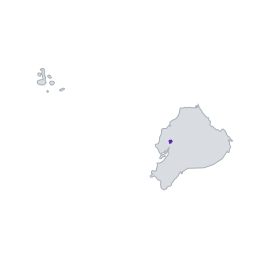 Palestina, Guayas, Ecuador shown in context, rotated 20°
{"feature_id": "8360857B38620743711757", "entity_name": "Palestina", "entity_type": "district", "adm_level": 2, "iso_a3": "ECU", "parent_name": "Ecuador", "parent_adm1": "Guayas", "projection": "robinson", "projection_center": [-79.904, -1.631], "detail": "fine", "context": "in_parent", "style": "filled", "palette": "violet", "viewbox_px": 256, "rotation_deg": 20, "n_neighbors": 0, "source": "geoboundaries", "source_scale": "gbopen_adm2", "svg_char_len": 4293}
<svg xmlns="http://www.w3.org/2000/svg" viewBox="0 0 256 256"><g transform="rotate(20 128 128)"><path d="M230.7,104.3L230.0,104.9L228.3,105.1L227.0,104.6L226.4,104.6L226.4,105.1L228.1,106.4L229.0,108.7L230.2,110.0L231.0,110.7L231.0,111.2L230.8,112.1L230.7,112.9L231.2,116.4L230.9,116.6L229.9,116.6L229.2,116.0L227.1,124.6L220.6,133.2L213.2,139.3L204.6,142.8L198.3,145.3L197.3,146.2L194.3,150.5L194.1,151.0L194.5,151.7L194.6,152.2L194.1,152.5L193.7,152.5L193.5,152.3L193.4,151.8L193.0,151.2L192.5,151.1L192.2,151.2L192.2,151.7L191.6,154.0L191.5,155.2L191.3,155.6L191.3,156.6L190.6,157.6L190.2,159.1L189.6,159.6L189.0,162.0L188.0,164.4L187.9,165.3L188.2,165.8L188.3,166.3L187.9,167.8L185.7,169.3L185.1,170.0L184.9,170.8L185.1,171.4L185.0,172.0L184.3,172.2L183.6,173.6L183.0,173.9L181.6,173.4L180.6,173.4L179.8,173.0L178.3,170.7L177.7,169.3L177.5,167.5L176.0,166.3L174.0,166.6L173.4,166.1L171.9,165.3L170.6,164.5L169.7,164.0L168.9,164.2L167.7,165.7L166.6,166.4L166.1,166.4L165.4,165.9L165.3,165.4L167.0,162.8L165.7,162.7L165.3,162.1L165.2,161.5L165.0,160.8L165.3,159.9L165.9,159.5L166.9,159.8L167.6,159.9L168.1,159.1L169.0,158.4L169.2,158.0L168.7,156.8L168.5,156.1L168.7,155.7L168.7,154.3L168.4,153.8L168.3,153.0L168.1,152.6L168.0,151.6L167.3,151.1L169.4,150.2L170.2,149.5L171.1,148.8L171.9,147.8L172.4,146.8L173.7,142.4L174.8,139.6L174.6,138.2L173.7,136.4L173.4,133.7L173.5,132.9L173.4,132.3L172.8,133.4L172.9,137.3L172.4,139.1L171.6,139.6L171.0,139.2L171.3,136.3L170.8,136.9L169.8,138.8L168.3,140.3L168.2,140.8L167.8,141.4L166.7,140.8L165.8,140.2L162.8,137.0L160.9,136.3L159.7,135.1L159.5,134.7L159.3,134.0L160.5,133.3L161.7,132.4L161.9,130.4L161.8,128.8L160.9,126.1L161.3,122.5L161.1,121.1L160.1,118.2L160.8,116.7L163.6,115.6L164.5,114.9L165.1,112.6L165.7,111.2L166.9,111.7L167.9,111.7L166.6,111.1L165.5,109.0L165.4,108.1L167.4,105.2L168.4,104.4L169.7,102.9L170.8,100.6L171.1,97.0L170.7,94.4L170.3,91.7L171.0,90.9L172.6,90.6L174.0,89.7L174.7,88.9L176.3,89.0L178.1,87.7L181.1,87.1L185.3,85.7L186.2,84.4L185.8,82.1L187.3,83.5L188.0,84.6L190.1,85.8L192.6,87.9L194.3,89.0L196.1,90.0L198.7,91.1L200.3,90.9L201.0,92.5L201.6,93.0L203.1,93.6L203.3,93.8L203.8,96.8L204.2,97.2L205.5,97.7L207.1,97.9L207.7,97.8L209.1,98.6L211.3,99.3L212.1,99.4L212.4,99.3L212.6,99.0L213.2,99.0L214.2,99.4L215.5,99.5L216.4,99.1L216.5,97.4L216.9,97.1L217.8,96.4L218.3,96.6L220.9,97.9L221.4,98.4L222.1,99.3L223.3,100.7L224.5,101.6L226.6,101.9L228.5,103.4L230.7,104.3ZM29.6,102.5L30.4,103.4L30.8,106.0L33.4,108.8L33.7,110.3L33.5,111.0L33.6,111.3L34.8,112.4L35.6,113.5L34.3,116.2L31.4,117.3L28.4,117.3L27.8,117.0L27.0,116.0L26.9,115.1L27.3,114.2L28.9,112.9L31.3,111.7L31.6,110.8L30.6,109.9L29.9,108.1L28.4,106.9L27.7,103.2L27.2,103.0L26.1,103.5L25.6,103.0L25.5,102.8L26.6,101.9L26.9,101.3L28.5,101.0L29.2,101.5L29.6,102.5ZM41.4,113.8L40.8,113.8L38.8,112.5L39.0,111.1L39.7,110.2L42.3,109.7L43.3,110.6L43.2,112.2L42.4,113.4L41.7,113.6L41.4,113.8ZM169.8,145.2L169.5,145.7L168.3,145.7L168.0,145.5L168.3,142.9L168.6,142.0L169.6,141.2L170.4,140.8L171.5,140.9L172.6,141.6L171.3,143.0L170.3,143.4L169.8,145.2ZM27.7,109.4L26.5,109.6L25.4,109.2L24.9,108.4L24.8,107.3L24.9,106.9L27.3,106.5L28.0,107.4L28.0,108.8L27.7,109.4ZM53.0,115.8L51.5,116.4L50.7,115.8L50.6,115.5L51.4,114.6L52.2,114.1L52.9,113.1L54.2,112.5L54.6,112.7L54.9,112.9L55.0,113.2L54.5,114.0L53.7,114.6L53.0,115.8ZM38.4,107.6L37.8,108.0L35.5,107.5L34.7,106.7L35.3,105.6L35.8,105.1L37.2,105.5L38.7,106.8L38.4,107.6ZM40.3,121.9L39.8,121.9L39.1,121.3L39.7,120.2L40.7,120.8L40.9,121.2L40.3,121.9ZM185.1,85.0L184.4,85.1L184.1,84.4L185.0,83.6L185.3,83.5L185.1,85.0Z" fill="#d9dde1" stroke="#a8b0b8" stroke-width="1"/><path d="M171.3,126.2L171.4,126.3L171.5,126.4L171.6,126.6L171.7,126.8L171.8,126.9L171.9,127.0L172.0,127.0L172.3,127.1L172.5,127.1L172.8,127.2L172.8,127.3L172.9,127.2L173.0,127.2L173.0,127.3L173.1,127.2L173.1,126.9L173.0,126.7L172.9,126.7L173.0,126.7L172.9,126.6L173.0,126.6L173.1,126.4L173.1,126.2L173.2,125.9L173.1,125.7L173.1,125.4L173.3,125.3L173.2,125.3L173.2,125.2L173.3,125.2L173.2,125.1L173.0,124.9L172.9,124.8L172.6,124.9L172.5,125.0L172.5,125.3L172.4,125.4L172.4,125.5L172.5,125.5L172.2,125.5L171.9,125.5L171.7,125.7L171.7,125.8L171.7,126.0L171.5,125.9L171.5,126.0L171.4,126.1L171.3,126.2Z" fill="#8b5cf6" stroke="#5b21b6" stroke-width="1.5"/></g></svg>